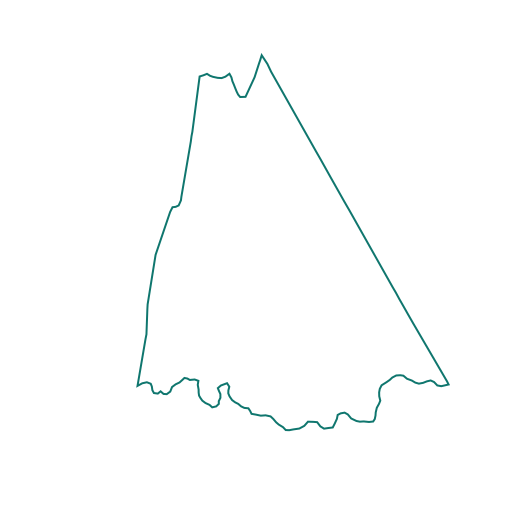 Caetanos, Bahia, Brazil (Natural Earth projection), rotated 254°
{"feature_id": "56859067B83232081919872", "entity_name": "Caetanos", "entity_type": "district", "adm_level": 2, "iso_a3": "BRA", "parent_name": "Brazil", "parent_adm1": "Bahia", "projection": "natural_earth1", "projection_center": [-40.978, -14.304], "detail": "fine", "context": "isolated", "style": "outline", "palette": "teal", "viewbox_px": 512, "rotation_deg": 254, "n_neighbors": 0, "source": "geoboundaries", "source_scale": "gbopen_adm2", "svg_char_len": 2093}
<svg xmlns="http://www.w3.org/2000/svg" viewBox="0 0 512 512"><g transform="rotate(254 256 256)"><path d="M437.5,319.9L447.4,316.8L442.8,313.8L440.4,312.1L428.2,303.9L411.9,289.8L413.2,284.6L416.1,283.3L419.4,282.7L423.1,282.3L427.3,281.9L430.4,281.5L434.5,281.6L438.5,280.7L436.8,276.0L436.5,272.0L437.8,268.3L440.1,264.0L441.9,261.5L444.6,259.1L444.2,255.2L444.1,251.3L392.8,229.0L389.1,227.1L383.8,224.8L333.5,200.6L330.2,199.2L325.9,195.6L325.4,192.3L325.9,189.2L322.0,185.6L284.8,159.8L239.4,138.5L235.1,137.0L230.8,135.6L210.9,129.1L206.4,126.8L163.8,106.3L165.0,111.6L164.7,116.3L162.2,119.6L159.3,119.9L155.5,119.4L152.4,120.1L150.8,123.7L152.2,127.0L148.9,129.1L147.8,132.1L149.3,136.2L153.2,139.2L154.8,143.4L155.5,147.6L157.1,150.9L158.5,153.6L157.1,156.3L155.1,158.2L154.2,163.0L151.9,166.2L148.2,164.5L143.4,164.0L140.4,163.2L137.5,162.8L135.0,163.4L131.8,164.5L128.6,166.9L125.7,170.3L122.6,172.2L122.4,176.3L124.1,179.5L126.7,180.2L129.5,182.7L133.1,183.7L136.5,183.2L139.5,182.9L141.2,186.6L141.7,193.1L137.7,194.3L134.4,192.4L131.6,191.5L128.3,191.9L124.1,193.3L121.1,195.6L118.7,198.2L115.6,200.2L113.2,202.9L111.7,206.7L108.5,207.7L105.5,208.2L103.5,212.3L101.2,216.6L100.2,221.3L97.8,225.8L94.6,227.7L90.6,229.5L87.7,231.4L84.0,234.8L80.5,236.6L79.4,239.9L79.0,244.2L78.2,250.1L79.4,255.6L82.4,260.3L80.7,265.6L79.4,269.0L74.5,270.9L71.3,273.8L70.7,278.2L70.0,282.5L73.1,285.4L77.2,288.9L80.7,290.7L81.4,294.0L81.0,298.0L78.4,300.6L73.6,302.7L69.7,307.1L68.1,310.2L67.3,313.9L65.3,318.9L64.6,323.0L66.5,325.2L69.7,326.9L72.7,328.0L76.8,330.3L80.0,333.5L82.7,335.6L87.2,335.8L91.0,336.8L94.2,338.4L97.1,341.1L98.7,346.6L100.0,350.4L101.6,353.5L102.5,357.9L101.6,361.9L100.3,364.7L96.4,367.3L93.3,371.5L90.4,374.2L88.4,377.4L88.0,381.7L88.4,385.7L88.2,389.6L85.8,392.4L81.6,394.6L79.8,398.2L79.6,401.6L79.4,405.7L82.7,405.1L148.0,388.5L157.8,386.1L167.8,383.7L174.7,382.0L177.9,381.3L182.4,380.3L188.2,378.8L273.9,358.4L284.3,355.8L310.7,349.5L331.2,344.7L340.1,342.5L372.4,334.8L400.1,328.2L429.0,321.3L437.5,319.9Z" fill="none" stroke="#0f766e" stroke-width="2"/></g></svg>